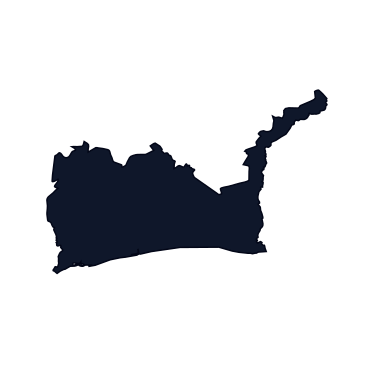 the border of Tamaulipas, rotated 75°
{"feature_id": "MEX-2716", "entity_name": "Tamaulipas", "entity_type": "State", "adm_level": 1, "iso_a3": "MEX", "parent_name": "Mexico", "parent_adm1": "", "projection": "mercator", "projection_center": [-98.976, 24.945], "detail": "fine", "context": "isolated", "style": "filled", "palette": "ink", "viewbox_px": 384, "rotation_deg": 75, "n_neighbors": 0, "source": "natural_earth", "source_scale": "10m", "svg_char_len": 6085}
<svg xmlns="http://www.w3.org/2000/svg" viewBox="0 0 384 384"><g transform="rotate(75 192 192)"><path d="M136.6,37.6L137.2,38.3L139.0,38.2L140.0,39.8L140.6,39.8L141.7,39.2L142.3,39.0L142.8,39.2L143.4,40.4L143.8,40.6L145.7,41.4L146.7,42.3L147.1,43.2L147.0,47.5L147.3,47.7L148.1,47.8L148.5,48.0L148.9,49.3L148.9,51.7L148.3,53.7L148.1,54.9L147.6,56.8L146.7,57.8L146.4,58.4L148.1,59.2L148.5,60.0L149.2,60.4L149.9,61.3L150.5,62.2L150.8,63.3L151.0,64.4L150.8,65.5L150.0,68.0L149.9,69.1L150.5,70.1L150.6,70.7L150.4,71.2L149.4,73.1L150.5,74.7L151.3,75.3L152.6,75.6L153.0,76.1L153.1,76.7L153.1,77.9L153.3,78.5L155.8,80.7L160.4,86.3L161.8,91.6L163.8,97.6L164.3,101.4L164.7,102.8L165.9,103.3L167.2,103.6L167.8,104.4L168.4,106.0L168.5,106.7L167.5,108.9L167.7,109.5L168.7,110.4L169.7,110.6L171.7,110.5L172.3,111.1L172.6,111.2L173.8,110.8L175.0,110.9L175.5,111.2L175.9,112.1L176.7,111.3L178.6,112.7L179.8,112.4L180.3,112.8L180.8,112.9L181.2,112.8L181.5,112.4L182.1,112.7L182.9,112.4L183.3,112.4L184.4,113.6L186.1,114.7L186.7,115.4L186.5,116.4L187.9,116.4L188.5,116.6L189.0,117.1L188.3,117.9L188.4,118.2L189.3,118.4L190.3,119.4L190.9,119.7L191.6,119.9L194.6,118.7L196.1,119.5L197.7,119.9L199.2,120.5L200.2,121.8L201.0,120.8L202.5,121.3L204.1,122.2L205.5,122.6L205.1,123.8L205.1,124.4L205.7,124.6L207.1,124.6L209.0,127.3L213.0,129.4L215.0,130.0L216.8,130.1L219.2,129.4L220.2,129.7L220.6,131.0L221.1,131.3L222.2,130.9L223.8,130.1L224.5,130.0L227.5,130.5L230.7,130.1L234.6,130.1L235.6,130.4L235.7,131.2L236.4,131.4L240.9,131.7L241.9,132.0L242.9,132.4L243.8,133.2L245.3,135.6L246.8,136.3L249.1,138.7L250.8,139.7L252.8,139.9L253.1,140.3L253.4,141.2L254.0,142.0L255.1,142.2L255.3,142.0L255.4,141.4L255.8,141.4L256.1,141.7L256.5,142.5L257.0,142.6L258.1,142.1L258.1,141.0L257.6,138.7L257.8,138.4L258.9,137.5L259.8,138.2L261.0,137.8L262.0,136.9L262.1,136.0L262.8,135.8L265.3,136.0L268.7,135.7L267.2,143.5L267.7,145.7L267.4,146.9L267.3,149.5L266.2,151.6L265.6,153.9L262.4,162.2L259.4,168.5L252.2,180.4L242.4,218.0L239.0,246.6L238.6,257.9L238.2,258.9L237.3,259.3L233.6,258.9L233.6,259.2L236.1,259.4L236.8,260.0L237.1,261.4L236.8,266.5L237.1,266.5L237.5,265.0L237.7,261.3L238.2,259.7L238.7,261.6L237.7,273.0L236.9,278.4L236.3,288.5L237.7,304.5L237.1,311.4L237.1,307.3L236.6,307.9L235.0,313.7L234.6,314.5L232.9,316.3L232.7,316.7L232.8,317.5L232.5,317.9L232.2,317.9L230.8,317.5L231.8,318.7L231.9,319.8L230.1,323.9L229.9,324.7L230.1,325.5L230.5,325.9L231.1,325.9L231.7,325.6L232.2,325.1L232.0,322.8L232.2,322.1L232.7,321.4L233.0,321.4L233.2,322.8L233.2,324.4L232.2,328.9L233.7,334.5L233.6,336.1L234.3,339.7L235.7,343.4L233.9,344.7L232.9,345.2L232.6,345.8L232.1,346.4L231.5,346.4L230.0,344.7L228.9,343.7L228.9,342.9L229.8,341.5L229.2,340.9L226.4,339.2L224.3,338.9L221.7,338.1L219.7,337.9L217.1,335.8L216.2,334.8L215.3,332.3L214.3,331.9L213.7,332.1L212.7,332.7L211.6,333.1L211.3,333.1L210.4,332.6L209.6,332.7L209.4,333.7L209.4,335.1L209.2,336.0L208.6,336.4L207.9,336.4L206.6,335.9L205.8,336.3L205.1,334.9L204.5,335.0L203.8,335.7L203.3,335.6L201.9,334.6L201.2,335.1L200.5,334.5L198.1,334.4L192.8,335.3L191.7,334.8L190.8,334.0L189.9,335.2L188.4,335.7L185.2,336.1L184.4,336.5L182.8,338.5L181.8,338.7L176.2,337.9L174.6,337.5L170.8,336.1L167.9,335.2L162.5,334.3L161.4,333.9L160.4,333.1L159.5,332.0L156.9,326.4L155.1,323.4L153.7,320.6L152.4,322.3L151.7,323.1L151.0,323.3L150.1,322.7L147.5,319.4L147.1,319.0L145.9,318.1L145.5,318.0L145.0,318.1L145.9,321.6L146.0,322.4L146.0,323.8L145.6,324.3L144.7,324.1L139.5,322.3L121.8,315.1L121.5,314.6L121.2,313.0L119.8,310.3L119.9,309.7L120.6,308.9L121.7,308.3L124.1,307.4L125.2,306.6L126.1,305.4L126.5,303.9L126.2,302.0L125.1,300.5L122.4,297.8L121.9,296.8L121.5,293.8L120.7,293.5L119.3,294.3L117.2,296.3L117.5,294.5L118.5,291.2L119.4,286.4L119.0,285.5L117.8,284.5L115.3,283.1L118.1,280.5L119.6,279.8L121.3,280.1L123.9,281.3L126.6,282.0L124.3,273.5L124.6,272.3L125.2,271.1L127.0,266.8L129.3,262.4L130.0,261.6L131.0,261.1L132.1,261.0L135.1,261.0L138.0,260.5L140.9,260.4L142.3,260.1L143.2,259.2L147.4,253.2L147.9,252.9L149.4,253.2L149.9,253.1L150.0,252.6L149.3,249.4L148.7,248.6L146.0,246.5L142.7,243.4L141.8,241.8L141.5,239.3L141.5,236.5L141.8,234.6L143.6,227.6L143.7,226.6L142.0,218.2L136.7,220.4L135.7,217.6L135.3,216.1L135.3,214.9L138.9,211.6L139.7,211.0L143.0,209.9L143.4,210.0L144.2,210.6L144.6,210.8L145.0,210.6L146.2,209.6L147.1,209.3L147.5,209.0L147.6,208.4L147.7,206.6L147.9,205.9L148.6,205.3L150.0,205.0L150.4,204.7L151.0,203.8L151.8,203.1L154.7,202.8L155.9,202.5L156.4,202.1L157.5,200.7L158.0,200.4L160.7,202.0L164.7,203.3L164.3,201.3L163.3,198.8L163.2,197.5L163.9,196.3L165.6,194.3L165.8,193.7L165.6,193.0L163.6,190.8L163.5,190.2L164.1,189.8L165.1,189.7L165.8,189.9L165.4,188.1L165.7,187.6L167.7,187.8L168.5,186.3L169.4,186.1L170.7,184.0L171.4,183.8L173.0,186.0L174.1,186.6L175.4,186.6L177.9,186.2L178.9,185.7L199.3,168.6L201.0,167.3L201.6,166.5L201.5,164.5L201.4,164.0L201.0,163.8L200.2,163.7L196.8,163.8L196.0,163.5L195.7,162.1L195.7,159.6L196.0,155.3L195.9,143.6L196.1,138.3L195.9,135.4L195.3,133.9L186.8,131.5L184.3,130.6L182.9,130.3L181.8,130.3L181.0,131.2L178.8,135.4L176.2,132.8L172.1,128.4L171.2,128.0L170.1,128.1L169.7,128.3L169.0,129.3L168.6,129.3L167.9,129.1L167.5,129.1L166.3,130.5L165.3,128.9L165.0,125.7L164.8,122.1L164.6,119.4L164.2,117.7L163.9,117.2L163.2,117.1L161.6,117.3L160.8,117.2L160.1,116.9L157.3,113.3L156.0,111.1L155.3,111.2L154.2,112.2L153.0,112.8L152.1,111.8L151.6,110.9L151.3,110.0L151.3,109.1L151.4,107.1L151.6,106.7L152.3,105.8L153.0,104.4L153.4,102.8L153.4,101.1L153.0,99.5L151.9,98.0L150.2,96.9L146.7,95.6L144.5,94.5L143.8,94.4L139.6,94.5L141.3,92.7L141.8,91.8L142.1,89.0L142.7,87.9L144.2,85.8L143.7,85.7L143.1,84.5L141.4,83.5L140.8,83.0L138.8,82.7L137.7,82.3L137.2,82.3L135.6,80.2L135.8,76.7L138.2,68.5L138.4,67.5L138.1,66.6L137.0,65.6L136.6,64.8L135.1,54.2L134.3,50.3L133.2,48.5L126.7,47.5L126.4,46.8L126.2,45.5L126.2,44.1L126.4,43.3L128.8,41.7L131.3,40.2L136.6,37.6ZM233.9,318.6L234.8,316.2L235.3,315.5L235.5,316.6L234.9,318.4L233.8,320.0L232.5,320.5L232.8,319.9L233.9,318.6Z" fill="#0f172a" stroke="#020617" stroke-width="1.5"/></g></svg>